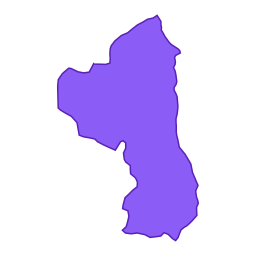 Uljin-gun, Gangwon, South Korea (Albers equal-area conic projection)
{"feature_id": "91817680B88731995383072", "entity_name": "Uljin-gun", "entity_type": "district", "adm_level": 2, "iso_a3": "KOR", "parent_name": "South Korea", "parent_adm1": "Gangwon", "projection": "albers", "projection_center": [129.325, 36.894], "detail": "fine", "context": "isolated", "style": "filled", "palette": "violet", "viewbox_px": 256, "rotation_deg": 0, "n_neighbors": 0, "source": "geoboundaries", "source_scale": "gbopen_adm2", "svg_char_len": 1618}
<svg xmlns="http://www.w3.org/2000/svg" viewBox="0 0 256 256"><path d="M93.6,63.8L89.2,72.1L83.7,72.9L78.0,71.8L71.1,68.5L68.7,68.2L62.4,73.6L58.3,79.6L57.7,86.2L58.2,108.0L60.7,110.2L65.3,113.0L71.3,116.3L77.0,122.6L79.2,135.1L80.7,135.7L83.6,136.8L89.9,137.9L94.8,139.0L97.5,141.7L103.8,145.0L115.3,150.2L120.5,141.8L123.0,140.7L125.7,142.9L125.7,148.3L123.5,153.0L124.3,159.3L125.7,162.0L130.3,165.6L130.3,169.4L130.6,173.8L135.5,177.9L137.4,182.0L137.2,186.7L132.5,190.5L128.4,194.6L125.1,197.6L123.2,204.7L122.6,208.6L127.9,210.8L128.9,216.2L127.8,221.2L126.2,226.7L122.4,230.2L125.4,233.0L131.1,233.8L137.2,233.0L144.8,234.6L150.1,237.4L155.3,236.8L160.8,236.0L164.0,232.7L168.2,234.3L172.3,238.4L175.4,240.5L175.6,240.6L178.0,237.6L179.4,233.8L181.0,229.9L184.3,227.2L186.8,225.8L190.1,222.8L192.3,220.6L194.5,218.1L196.9,215.4L196.6,210.7L196.6,207.2L198.3,203.3L197.7,200.3L196.6,197.3L195.8,192.4L195.8,190.5L198.0,185.5L192.5,172.4L190.8,163.9L185.1,154.3L179.3,147.2L177.9,140.1L176.8,135.7L176.3,132.5L176.3,125.9L176.0,122.3L176.0,118.8L177.1,114.1L177.6,110.3L177.9,106.2L177.1,96.7L176.0,93.9L174.1,90.1L174.1,87.6L176.2,84.1L176.8,81.4L175.7,73.7L174.9,70.4L173.5,67.7L175.1,64.4L175.4,62.0L174.6,57.3L175.7,55.4L180.3,53.0L179.8,50.8L178.1,48.9L175.1,47.0L171.3,44.5L169.1,42.3L165.0,36.6L163.4,33.6L161.2,29.8L161.5,27.4L160.9,24.6L160.9,21.4L157.1,15.4L153.0,18.1L147.6,19.2L143.2,21.9L137.5,24.9L131.2,29.8L127.7,32.8L121.4,35.5L115.1,40.7L111.3,45.6L110.2,48.9L109.9,54.3L110.2,58.4L109.9,63.1L105.8,64.4L100.4,64.2L93.8,64.1L93.6,63.8Z" fill="#8b5cf6" stroke="#5b21b6" stroke-width="1.5"/></svg>